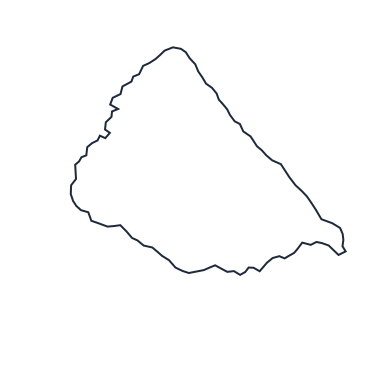 Fazenda Rio Grande, Paraná, Brazil (orthographic projection), rotated 327°
{"feature_id": "56859067B87747649596959", "entity_name": "Fazenda Rio Grande", "entity_type": "district", "adm_level": 2, "iso_a3": "BRA", "parent_name": "Brazil", "parent_adm1": "Paraná", "projection": "orthographic", "projection_center": [-49.297, -25.682], "detail": "fine", "context": "isolated", "style": "outline", "palette": "slate", "viewbox_px": 384, "rotation_deg": 327, "n_neighbors": 0, "source": "geoboundaries", "source_scale": "gbopen_adm2", "svg_char_len": 1485}
<svg xmlns="http://www.w3.org/2000/svg" viewBox="0 0 384 384"><g transform="rotate(327 192 192)"><path d="M102.3,175.0L108.1,178.1L113.8,180.8L115.6,189.4L116.7,197.9L119.9,202.9L122.3,210.6L128.5,216.9L130.5,223.4L132.1,229.2L135.6,236.7L137.0,246.4L141.1,253.1L145.2,258.2L152.6,261.2L159.6,264.0L165.9,265.0L171.5,266.1L174.9,272.4L178.1,278.2L184.1,281.2L187.2,287.7L193.1,288.1L198.4,286.2L202.4,289.1L205.6,295.3L216.5,292.1L223.7,291.3L230.3,293.4L233.5,298.1L238.4,298.3L244.5,298.7L249.5,297.2L256.9,294.5L262.8,301.0L269.2,301.7L273.2,305.7L277.5,311.3L280.6,324.6L288.5,325.5L288.7,319.4L292.8,314.7L295.5,309.3L296.6,302.8L292.6,294.5L285.7,285.3L286.2,274.2L286.2,266.7L286.0,258.4L284.6,251.0L282.5,242.8L281.7,232.5L281.7,217.1L276.5,209.1L274.3,201.8L273.2,194.8L271.4,189.0L271.4,177.3L268.0,169.2L269.2,161.0L266.3,156.0L265.8,148.3L266.5,141.8L265.8,135.4L264.8,129.2L266.3,122.8L265.5,115.5L262.8,108.8L263.1,101.4L262.9,94.3L264.3,86.6L262.9,78.6L262.9,71.3L260.7,65.9L254.8,60.3L246.1,58.5L240.5,59.6L233.9,60.6L226.4,60.6L219.7,59.6L211.8,64.4L205.6,63.2L201.3,66.4L191.2,65.6L185.4,70.9L176.8,69.8L171.0,74.1L175.2,82.1L168.8,80.9L165.4,85.1L157.7,86.6L153.1,92.2L155.3,97.7L148.6,99.6L145.4,94.6L140.9,97.3L134.8,96.6L128.6,97.3L123.3,103.7L118.3,102.6L113.8,104.9L108.9,105.5L105.7,111.1L101.8,117.9L94.3,120.5L89.2,127.7L87.4,134.7L87.4,140.7L89.0,146.8L94.0,152.5L91.9,161.3L96.7,167.5L102.3,175.0Z" fill="none" stroke="#1e293b" stroke-width="2"/></g></svg>